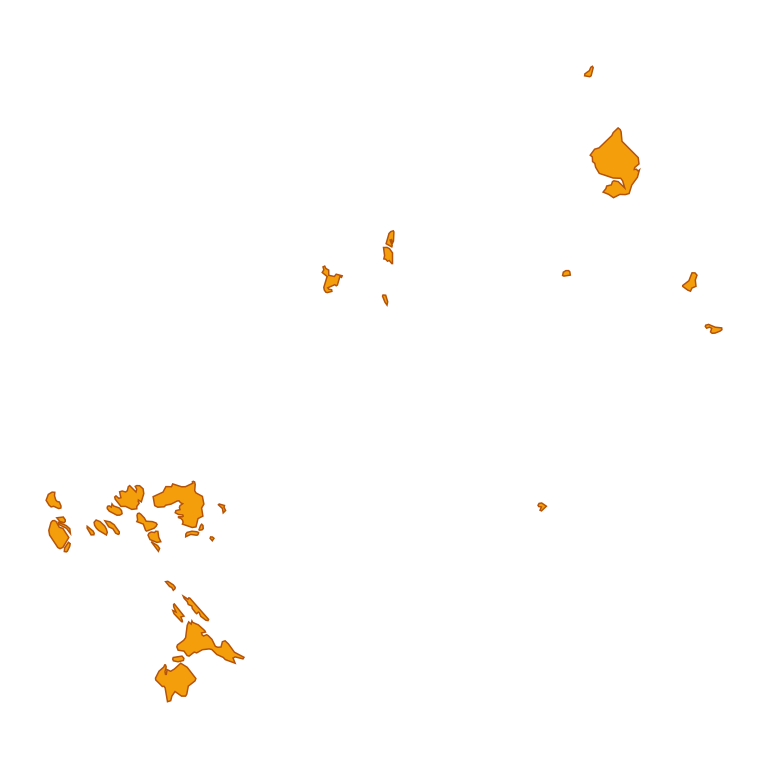 outline of Kepulauan Riau
{"feature_id": "IDN-1796", "entity_name": "Kepulauan Riau", "entity_type": "Province", "adm_level": 1, "iso_a3": "IDN", "parent_name": "Indonesia", "parent_adm1": "", "projection": "albers", "projection_center": [105.285, 2.055], "detail": "fine", "context": "isolated", "style": "filled", "palette": "amber", "viewbox_px": 768, "rotation_deg": 0, "n_neighbors": 0, "source": "natural_earth", "source_scale": "10m", "svg_char_len": 6082}
<svg xmlns="http://www.w3.org/2000/svg" viewBox="0 0 768 768"><path d="M638.2,171.1L639.4,170.0L637.4,177.3L631.8,185.0L629.1,193.5L625.3,194.6L619.9,194.4L613.5,197.7L608.7,194.4L603.1,192.1L605.9,188.6L606.7,186.0L611.3,184.9L612.5,181.6L613.9,180.8L618.2,181.6L624.7,187.9L622.6,180.8L620.7,178.3L613.1,178.0L599.3,173.4L595.6,167.2L594.8,163.4L592.6,161.6L592.3,156.9L590.2,155.2L594.6,149.2L599.0,147.9L611.8,135.6L613.2,132.6L618.1,127.9L620.2,129.6L621.1,131.8L622.0,141.3L638.2,157.6L639.0,163.9L634.7,167.5L634.2,169.5L636.3,169.2L638.2,171.1ZM202.4,496.4L203.9,504.1L201.6,508.0L202.9,516.1L198.0,518.6L196.0,526.9L192.2,527.5L182.4,524.1L183.1,522.2L182.5,520.1L180.8,518.4L178.5,517.6L178.5,516.8L182.6,516.7L183.2,516.1L182.8,515.0L178.5,514.5L175.2,512.7L175.9,510.6L180.0,509.6L179.4,507.4L180.0,505.6L182.7,503.7L180.6,502.8L178.9,500.8L177.2,501.0L171.1,504.1L165.8,505.2L164.2,506.8L157.7,507.2L154.7,505.6L153.1,496.7L163.0,492.1L165.9,486.6L171.5,486.7L172.7,483.9L181.6,486.8L185.4,486.7L192.8,483.2L192.3,481.9L193.2,481.3L194.6,481.9L195.2,484.4L194.7,490.7L196.0,492.9L202.4,496.4ZM234.4,652.2L244.0,657.3L243.0,658.9L235.1,656.9L233.0,658.0L235.1,663.2L225.3,659.6L223.2,657.4L216.8,654.5L211.8,649.5L209.1,648.9L202.4,649.7L196.7,652.9L194.2,652.1L189.1,656.1L187.1,655.5L184.0,651.1L178.1,650.2L176.8,646.9L177.5,644.9L183.7,640.3L185.6,637.7L187.2,625.3L188.7,621.9L191.1,624.1L191.9,620.9L192.7,622.4L198.4,624.9L204.8,630.7L205.5,632.1L201.5,632.9L202.1,634.9L203.5,636.0L206.7,634.7L208.3,635.7L211.9,639.3L215.4,646.4L217.9,647.3L221.0,647.0L222.4,641.7L225.1,640.8L228.4,643.9L234.4,652.2ZM187.2,667.3L195.9,678.6L195.0,680.9L188.3,686.1L186.8,694.1L185.6,696.1L181.5,696.1L175.0,691.5L171.9,696.1L170.7,700.7L167.5,701.7L165.1,687.8L164.0,686.3L162.3,686.5L155.7,679.9L155.5,678.1L159.0,671.2L163.8,667.0L164.7,664.9L165.5,664.9L166.2,666.9L165.0,671.7L165.5,674.4L166.3,674.4L167.1,669.6L170.6,671.3L174.4,669.0L180.7,663.2L187.2,667.3ZM143.1,488.8L143.8,493.6L141.3,501.9L138.4,500.0L138.2,501.5L139.2,503.2L136.8,506.4L136.8,508.8L131.8,509.4L125.6,506.4L120.9,506.4L115.2,499.2L114.7,497.0L116.0,495.9L118.8,498.3L120.9,497.7L119.6,491.8L122.2,491.0L125.6,492.0L127.3,490.7L128.3,486.7L129.7,485.6L136.0,492.0L136.7,489.1L135.2,486.4L136.6,485.6L139.6,485.7L143.1,488.8ZM62.9,528.5L68.8,537.5L62.9,547.4L60.0,548.7L57.8,547.5L49.6,535.1L48.8,530.3L51.0,522.4L52.5,520.8L54.3,520.5L56.1,521.5L59.2,527.2L62.9,528.5ZM336.2,274.2L342.2,275.8L341.5,277.4L339.9,276.5L337.4,285.0L336.2,285.8L334.7,284.7L327.8,287.8L328.9,289.2L331.6,289.7L331.9,291.4L327.2,292.6L325.8,292.2L324.3,290.0L323.8,287.4L327.1,276.5L322.2,272.5L323.8,269.9L323.0,266.9L324.7,266.1L325.9,268.5L328.7,270.1L328.8,275.3L334.3,276.5L336.2,274.2ZM152.4,521.6L156.1,523.0L157.1,524.4L156.1,526.3L154.0,528.3L146.6,531.1L145.6,530.4L143.3,524.1L136.8,521.6L137.6,519.9L137.0,515.4L137.6,513.6L139.2,513.1L140.9,514.3L144.4,518.0L146.1,521.2L152.4,521.6ZM61.0,506.0L60.9,508.0L58.8,508.6L53.7,506.3L51.1,506.9L49.1,505.2L46.1,500.3L48.3,494.4L52.1,492.1L54.8,492.3L54.5,495.8L55.8,500.0L57.2,501.5L59.3,502.0L61.0,506.0ZM189.9,598.2L208.6,619.4L208.0,620.6L205.8,620.2L200.7,616.3L199.1,612.5L198.3,612.1L196.7,613.7L195.4,612.6L192.3,608.5L191.8,606.0L188.3,604.5L187.2,601.6L184.2,598.4L183.2,596.1L188.0,599.2L188.9,597.8L189.9,598.2ZM688.9,280.7L692.0,272.8L695.0,272.9L697.0,275.2L695.3,280.0L696.0,286.3L692.0,288.0L690.5,291.2L687.7,290.1L682.7,286.4L682.7,285.5L688.9,280.7ZM392.5,252.9L392.5,263.6L391.8,263.6L389.3,260.5L387.5,261.2L385.6,259.2L383.8,258.9L384.6,255.7L383.5,247.5L387.1,247.4L389.5,248.7L392.5,252.9ZM100.1,521.6L104.7,526.0L106.3,529.0L107.3,532.3L106.4,535.0L98.5,530.3L96.4,528.2L94.6,525.3L94.1,522.3L96.1,520.0L100.1,521.6ZM119.3,508.0L121.5,510.5L122.1,513.7L119.8,515.1L116.9,515.2L109.3,511.2L107.3,508.7L107.2,507.2L107.9,506.1L109.3,505.9L111.3,507.1L112.0,503.9L113.5,505.9L119.3,508.0ZM160.8,541.7L156.9,542.4L150.0,539.6L148.0,535.1L148.9,533.3L151.2,532.0L154.6,532.5L155.7,531.2L157.9,531.4L158.7,537.2L160.8,541.7ZM184.0,616.1L180.8,617.0L182.3,620.3L182.4,621.7L181.6,621.7L174.0,613.7L172.8,610.5L176.0,612.0L173.7,606.8L173.6,604.5L174.3,603.9L184.0,616.1ZM721.7,327.9L721.9,329.7L720.1,331.1L715.1,333.1L712.1,333.3L710.5,331.9L711.7,328.4L709.6,327.2L706.6,328.2L705.3,326.5L705.7,325.2L708.6,324.4L715.2,327.2L721.7,327.9ZM390.8,231.6L393.3,230.8L393.9,231.9L393.5,241.0L392.6,243.0L391.5,239.6L390.1,240.0L392.2,245.7L391.8,246.9L386.1,243.7L389.0,233.5L390.8,231.6ZM104.9,520.8L110.1,521.9L114.1,524.7L119.3,531.9L119.2,533.8L118.2,534.4L115.7,533.2L112.9,528.8L108.7,526.8L104.9,520.8ZM182.0,656.1L183.9,658.3L183.4,660.5L178.0,661.8L173.4,660.8L172.7,659.1L173.2,657.5L182.0,656.1ZM592.4,66.3L593.2,67.7L591.1,75.8L589.7,76.7L584.6,75.8L584.9,73.8L589.4,70.6L590.8,67.3L592.4,66.3ZM191.9,531.2L196.7,531.7L198.6,532.5L198.4,533.7L197.6,535.0L196.3,535.2L190.7,534.4L185.7,536.8L185.8,534.1L187.1,532.4L191.9,531.2ZM541.7,503.0L546.4,506.2L541.5,510.9L540.0,510.2L541.4,507.0L538.7,506.5L538.0,505.3L539.1,503.4L541.7,503.0ZM569.8,271.8L570.3,275.1L563.9,276.1L562.6,275.5L563.3,272.2L565.9,270.6L568.6,270.6L569.8,271.8ZM63.3,517.0L65.3,519.9L65.2,521.6L64.0,522.7L59.8,521.4L56.8,517.8L63.3,517.0ZM68.4,542.3L70.2,543.7L69.7,546.3L67.4,551.1L66.3,551.9L64.3,551.5L64.6,548.0L68.4,542.3ZM173.3,584.9L175.2,587.3L175.0,588.7L173.3,590.3L171.7,587.5L169.6,586.5L165.6,581.7L167.8,581.3L173.3,584.9ZM69.8,528.7L70.4,533.5L66.5,528.4L59.0,524.5L58.5,522.3L66.3,525.6L69.8,528.7ZM387.7,301.8L387.0,305.1L384.9,302.1L382.5,296.1L383.0,295.0L385.7,295.2L387.7,301.8ZM87.2,526.3L93.1,531.1L94.2,533.3L93.9,534.8L91.1,534.9L87.1,528.1L87.2,526.3ZM219.2,504.0L224.5,505.5L224.0,507.2L225.6,510.5L223.2,512.9L222.4,508.5L218.4,504.8L219.2,504.0ZM151.2,541.7L157.6,545.6L159.6,548.4L158.4,551.3L151.2,541.7ZM203.0,525.6L203.2,528.7L202.1,529.8L199.6,530.2L199.0,529.8L200.6,525.4L201.7,524.2L203.0,525.6ZM210.6,536.9L212.5,537.0L214.0,538.3L212.3,540.8L210.1,538.3L210.6,536.9Z" fill="#f59e0b" stroke="#b45309" stroke-width="1.5"/></svg>